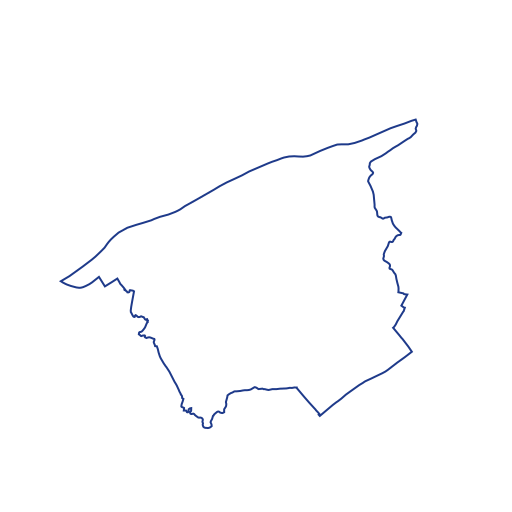 outline of Cau Ke, Trà Vinh, Vietnam, rotated 108°
{"feature_id": "81297802B65507223487475", "entity_name": "Cau Ke", "entity_type": "district", "adm_level": 2, "iso_a3": "VNM", "parent_name": "Vietnam", "parent_adm1": "Trà Vinh", "projection": "mercator", "projection_center": [106.099, 9.855], "detail": "fine", "context": "isolated", "style": "outline", "palette": "blue", "viewbox_px": 512, "rotation_deg": 108, "n_neighbors": 0, "source": "geoboundaries", "source_scale": "gbopen_adm2", "svg_char_len": 6071}
<svg xmlns="http://www.w3.org/2000/svg" viewBox="0 0 512 512"><g transform="rotate(108 256 256)"><path d="M342.5,114.3L341.4,113.4L336.8,108.4L334.2,105.7L328.5,99.7L326.0,97.3L323.8,95.6L313.7,88.7L306.5,83.4L298.9,78.2L295.1,83.1L289.6,91.1L288.9,92.4L287.0,95.3L281.9,103.4L281.1,102.9L279.3,102.3L277.8,101.9L274.3,101.4L263.5,98.8L262.9,98.5L259.2,98.5L259.3,99.4L258.3,102.4L245.9,100.2L246.5,103.2L246.5,103.5L246.0,104.2L246.5,109.4L245.5,109.6L242.8,110.4L241.2,111.1L238.0,113.2L234.4,115.4L231.5,116.9L230.3,117.8L229.3,119.4L227.2,121.9L226.9,122.6L226.8,124.9L226.6,125.1L226.1,125.4L224.4,125.4L223.7,125.6L223.1,125.9L222.5,126.5L222.0,127.5L221.3,129.7L220.8,132.3L220.3,133.3L219.8,133.7L219.3,134.1L218.1,134.2L217.2,134.2L216.4,134.3L215.0,135.0L212.9,135.0L211.4,134.9L207.3,134.0L205.9,133.7L202.1,133.7L201.6,133.6L201.1,133.2L200.9,133.0L200.9,132.0L200.7,131.0L200.4,130.6L199.8,130.2L198.0,130.0L197.4,129.7L196.7,129.4L195.1,129.2L194.0,128.8L193.0,128.1L192.3,127.4L191.3,125.3L190.8,125.1L190.5,125.1L189.1,125.0L188.9,125.7L188.2,126.9L185.6,132.2L184.4,134.0L182.9,135.8L180.1,137.9L177.9,139.2L177.3,139.7L177.2,140.1L177.3,140.9L177.8,141.9L178.7,143.0L179.8,145.3L181.0,146.3L181.3,147.1L181.2,147.6L180.7,149.6L180.9,150.7L180.7,152.1L180.2,152.8L179.5,153.3L177.6,154.1L176.3,154.7L175.5,155.4L173.5,157.9L172.7,158.4L170.5,159.1L161.4,163.0L158.6,164.7L153.9,168.8L151.0,171.8L150.2,172.5L149.3,172.6L147.1,172.6L145.9,172.4L144.0,171.7L142.2,170.5L140.8,170.3L140.4,170.5L139.8,171.3L138.8,173.5L137.6,174.9L136.6,175.7L135.9,176.0L134.3,176.0L132.5,176.4L130.7,175.9L127.2,172.9L122.3,167.6L118.3,164.3L116.0,162.7L113.9,161.0L111.2,159.1L108.6,156.8L106.9,155.2L100.3,150.0L97.6,147.8L96.8,146.9L95.2,145.6L91.8,144.0L89.4,142.5L88.8,142.4L87.5,142.2L86.9,142.5L86.0,143.2L85.5,143.5L85.0,143.5L83.8,143.5L82.6,143.2L80.8,143.3L80.1,143.6L79.2,144.6L76.9,146.3L79.4,149.9L84.2,155.8L88.8,162.1L92.9,167.5L103.0,178.8L108.3,184.7L111.9,189.2L113.4,190.9L118.0,197.1L121.3,202.8L123.3,209.0L124.9,213.2L127.8,217.1L131.0,221.2L136.2,227.4L143.6,235.4L145.3,238.3L147.0,242.0L148.2,246.2L149.3,250.5L150.7,254.1L151.1,255.2L153.7,259.8L155.4,262.1L158.3,265.6L161.4,269.8L164.3,273.3L177.7,288.6L183.7,294.3L189.2,300.2L195.1,306.6L200.7,312.0L206.5,317.0L221.8,330.9L230.5,339.0L235.0,342.4L237.0,344.3L239.0,346.4L243.7,352.2L248.4,359.4L252.2,364.2L254.4,366.6L259.5,373.8L263.3,379.4L268.9,387.1L276.2,393.9L281.6,397.2L285.1,399.1L288.1,400.4L290.6,401.3L294.9,402.6L299.5,404.9L306.2,408.5L310.2,411.0L319.7,417.6L332.8,427.2L340.3,433.8L340.9,431.5L341.4,428.6L341.6,426.7L341.7,422.7L341.4,417.1L340.9,414.4L340.3,412.8L339.1,410.9L337.1,408.6L334.3,405.8L331.8,403.8L324.4,398.9L331.6,390.3L325.2,384.9L320.3,380.9L323.0,377.9L324.5,376.4L325.6,374.3L325.9,373.9L326.9,372.2L328.4,370.1L328.9,370.5L329.0,370.3L329.0,369.6L329.1,369.2L329.5,368.5L329.7,367.7L330.3,367.1L330.1,366.3L329.9,365.9L329.4,365.4L329.0,365.3L327.8,365.5L327.5,365.4L327.4,365.2L327.2,363.6L327.0,362.4L327.3,361.1L336.4,359.9L342.8,359.0L346.5,358.3L348.0,357.7L348.8,356.8L350.8,354.8L351.5,353.8L351.6,353.3L351.6,353.0L351.5,352.7L351.3,352.5L350.1,352.6L349.5,352.3L349.5,351.8L349.7,351.2L350.4,349.6L350.4,348.9L350.2,348.3L349.9,347.7L348.9,346.7L348.8,346.1L349.0,345.2L348.9,343.9L350.4,342.1L350.7,341.4L350.6,340.8L349.9,340.4L349.7,340.1L350.3,339.6L350.8,338.8L351.1,338.8L351.8,339.2L352.2,339.0L352.4,338.6L353.3,339.0L353.6,339.1L357.6,339.4L358.7,339.6L360.8,340.3L362.5,341.0L363.0,341.3L363.8,342.1L364.3,343.1L364.7,343.4L365.3,343.5L366.7,343.2L366.8,342.5L367.6,340.8L367.6,340.3L367.5,340.1L367.0,339.6L366.7,339.2L366.0,337.6L366.0,337.2L366.3,336.8L367.0,336.8L367.4,336.7L367.7,336.1L367.8,335.0L367.8,334.7L367.3,334.2L366.5,332.9L366.2,332.0L366.2,330.4L366.4,328.3L366.3,327.1L366.5,326.9L367.1,326.6L369.3,326.7L370.0,326.4L371.8,324.8L372.9,324.1L372.5,322.4L374.9,320.6L377.9,318.8L381.2,316.4L382.8,314.9L386.7,310.5L389.0,307.5L389.1,307.2L392.8,302.6L400.8,294.6L402.5,292.6L403.7,291.3L407.5,287.8L408.5,287.0L410.1,285.3L410.5,284.9L411.0,284.7L411.4,283.9L411.8,283.4L412.3,283.0L413.8,282.4L414.0,282.2L414.3,280.9L417.0,280.8L419.9,280.9L421.2,280.7L422.0,280.6L422.3,280.4L422.5,280.0L422.7,277.5L422.8,277.4L425.3,276.9L424.6,274.7L425.8,273.5L425.9,273.1L425.6,272.4L425.0,272.0L424.6,272.1L423.6,272.5L422.9,272.6L422.5,272.6L422.2,272.4L421.3,271.7L420.7,270.6L421.7,270.3L423.1,269.9L423.6,269.9L424.4,270.3L424.8,270.3L425.2,270.3L425.7,270.1L426.2,269.6L426.3,269.0L426.2,268.4L425.4,267.1L425.3,266.8L425.5,265.8L426.2,264.8L426.8,263.1L427.4,261.3L427.4,260.5L427.3,260.0L427.0,259.5L426.8,258.7L426.8,258.1L426.9,257.4L427.1,257.0L427.7,256.2L428.1,256.0L429.3,255.8L429.8,255.8L430.3,255.7L431.5,254.7L432.8,254.6L433.4,254.3L434.6,253.4L434.9,252.8L435.1,252.1L435.1,251.2L434.7,249.6L434.6,248.9L434.1,247.8L433.3,246.8L432.5,246.2L431.5,245.6L431.0,245.8L429.9,246.3L428.2,247.8L427.2,247.9L424.6,247.4L423.9,247.4L421.4,247.5L420.8,247.0L419.9,247.0L418.3,246.1L416.4,244.9L415.9,244.4L415.5,243.6L415.5,243.0L415.6,242.6L416.0,241.7L415.9,240.2L415.8,239.6L415.6,239.2L414.4,238.0L412.0,238.8L411.5,238.9L408.9,238.2L408.0,238.1L407.3,238.2L405.9,238.5L404.6,239.3L404.0,239.5L399.5,239.7L398.6,239.8L397.4,240.0L396.0,239.1L394.2,237.6L393.1,236.2L391.5,234.8L391.2,234.1L390.6,232.4L389.9,230.8L389.2,229.2L387.9,226.9L387.2,225.4L386.4,223.1L385.9,221.9L385.3,220.8L384.5,219.7L381.4,217.0L381.1,216.6L381.1,216.3L381.1,215.1L381.3,214.2L381.8,212.6L381.7,212.2L381.0,210.8L380.8,210.2L380.2,209.0L380.2,208.4L380.3,207.7L380.2,207.3L380.0,206.9L379.9,206.4L379.8,204.7L379.6,202.8L379.3,202.2L377.5,199.2L376.2,195.2L374.8,192.2L372.6,186.3L371.6,184.3L371.1,183.5L370.3,180.9L369.2,178.9L368.5,176.6L369.0,176.4L375.1,166.6L379.0,160.1L382.7,153.6L383.7,151.8L384.1,151.4L385.6,148.6L386.6,147.0L387.5,147.4L388.4,145.9L373.9,136.9L370.0,134.2L369.2,133.5L365.3,130.8L360.1,127.7L356.0,124.7L346.8,117.9L343.6,115.1L342.5,114.3Z" fill="none" stroke="#1e3a8a" stroke-width="2"/></g></svg>